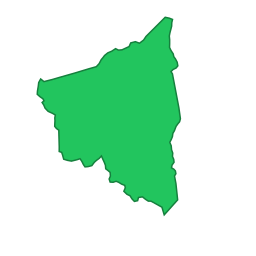 Areia, Paraíba, Brazil, rotated 72°
{"feature_id": "56859067B64282742234798", "entity_name": "Areia", "entity_type": "district", "adm_level": 2, "iso_a3": "BRA", "parent_name": "Brazil", "parent_adm1": "Paraíba", "projection": "robinson", "projection_center": [-35.7, -6.949], "detail": "fine", "context": "isolated", "style": "filled", "palette": "green", "viewbox_px": 256, "rotation_deg": 72, "n_neighbors": 0, "source": "geoboundaries", "source_scale": "gbopen_adm2", "svg_char_len": 1693}
<svg xmlns="http://www.w3.org/2000/svg" viewBox="0 0 256 256"><g transform="rotate(72 128 128)"><path d="M204.7,128.7L213.8,120.2L221.8,120.4L211.7,103.0L195.7,99.6L188.0,98.6L186.3,96.6L183.5,96.2L181.4,97.1L179.3,98.9L176.9,97.6L174.8,94.8L171.9,94.2L168.8,94.5L165.7,93.2L162.2,93.3L158.3,92.4L154.5,92.7L152.4,90.5L149.9,88.4L147.0,87.0L144.8,84.6L141.3,81.8L139.3,79.1L138.0,77.0L135.4,75.3L124.7,73.4L90.1,69.0L87.7,69.7L86.3,67.1L85.8,63.7L84.3,61.4L80.6,60.9L77.1,61.5L74.3,62.4L71.5,62.1L67.4,63.2L64.2,63.6L60.9,62.4L56.9,61.1L53.3,60.3L50.4,58.7L47.6,56.9L44.6,55.0L41.3,53.8L38.5,52.1L36.3,54.8L34.2,58.4L46.5,82.6L49.2,86.0L50.9,90.9L48.2,94.3L47.9,99.1L50.9,101.8L51.4,106.2L51.8,109.5L51.0,113.0L48.7,115.3L49.9,119.6L50.3,124.0L51.8,127.9L53.3,130.0L54.7,132.3L57.9,135.6L59.9,139.2L59.6,146.5L59.3,161.3L58.7,177.7L58.5,184.8L57.9,193.6L54.4,195.9L57.2,198.9L60.5,200.4L62.8,201.6L64.9,202.7L67.9,203.9L71.1,202.0L73.9,199.9L76.2,199.5L77.2,201.8L80.1,201.0L83.6,200.7L87.5,198.8L90.8,195.2L93.2,193.1L95.8,194.5L98.5,195.2L101.3,196.3L103.8,197.2L106.4,196.2L108.7,194.5L124.6,199.2L129.1,200.7L130.7,198.6L133.9,198.6L137.8,198.8L140.1,195.5L142.0,192.0L142.2,189.4L142.4,186.4L142.4,183.1L145.5,182.2L149.0,181.7L151.7,180.9L152.4,177.8L152.6,174.0L150.2,170.6L149.0,167.9L148.0,164.8L146.4,161.9L149.7,161.6L152.9,161.2L156.5,161.0L159.9,161.8L162.2,160.2L164.7,158.7L168.3,159.6L170.7,161.7L173.9,161.7L175.0,158.9L175.0,155.8L176.7,153.7L179.3,151.5L181.6,148.8L184.1,149.1L186.9,151.5L190.7,149.5L193.1,147.0L196.7,146.1L199.8,144.6L200.1,141.3L197.3,139.5L198.0,135.5L201.2,133.4L203.8,131.3L204.7,128.7Z" fill="#22c55e" stroke="#15803d" stroke-width="1.5"/></g></svg>